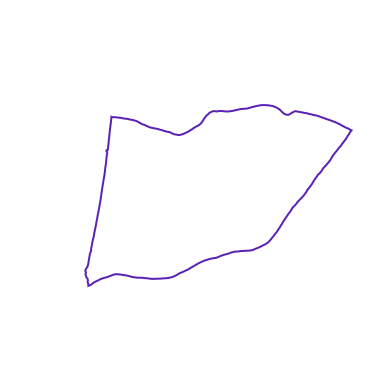 Haswin, Al Mahrah, Yemen (Mercator projection), rotated 120°
{"feature_id": "15242507B7547411227389", "entity_name": "Haswin", "entity_type": "district", "adm_level": 2, "iso_a3": "YEM", "parent_name": "Yemen", "parent_adm1": "Al Mahrah", "projection": "mercator", "projection_center": [51.893, 15.725], "detail": "fine", "context": "isolated", "style": "outline", "palette": "violet", "viewbox_px": 384, "rotation_deg": 120, "n_neighbors": 0, "source": "geoboundaries", "source_scale": "gbopen_adm2", "svg_char_len": 5734}
<svg xmlns="http://www.w3.org/2000/svg" viewBox="0 0 384 384"><g transform="rotate(120 192 192)"><path d="M58.8,84.7L58.9,85.5L58.9,87.0L58.9,88.5L59.2,89.9L59.4,91.9L59.4,93.4L59.5,94.8L59.5,96.4L59.5,97.9L59.6,99.6L59.8,101.2L59.9,102.9L60.2,104.4L60.4,106.2L60.8,107.9L61.0,109.4L61.4,111.1L61.7,112.7L61.9,114.0L62.3,115.6L62.5,117.0L62.7,118.6L63.0,120.0L63.3,121.6L63.7,122.9L63.7,123.0L64.3,124.5L64.8,126.2L65.1,127.5L65.6,128.9L66.0,130.4L66.4,131.8L66.8,133.0L67.4,134.5L67.8,135.8L68.2,137.0L68.7,138.3L69.2,139.7L69.6,140.9L70.1,142.4L71.0,143.6L72.2,144.3L73.6,145.2L75.0,145.9L76.3,146.5L77.2,147.6L77.9,148.9L78.1,150.7L78.1,152.2L77.8,153.6L77.3,155.1L77.0,156.4L76.7,157.7L76.7,159.1L76.7,160.5L76.7,161.9L76.9,163.4L77.2,164.9L77.7,166.3L78.2,167.9L78.9,169.4L79.5,170.9L80.2,172.1L80.9,173.4L81.7,174.7L82.5,175.9L83.5,177.1L84.5,178.2L85.5,179.4L86.4,180.3L87.5,181.4L88.4,182.4L89.6,183.5L90.6,184.5L91.8,185.6L92.6,186.6L93.4,187.8L94.4,189.2L94.4,189.3L95.2,190.4L96.0,191.5L97.1,192.7L98.2,193.9L99.3,195.0L100.0,195.8L100.3,196.2L101.3,197.2L102.2,198.3L103.2,199.6L103.9,200.7L104.8,201.8L105.4,203.2L106.0,204.5L106.6,205.8L107.3,207.3L108.0,208.5L109.0,209.8L109.9,210.9L110.4,212.2L111.0,213.5L112.0,214.6L113.2,215.6L114.3,216.2L115.6,216.7L116.9,217.0L118.1,217.5L119.5,217.8L121.1,218.0L122.6,218.2L123.9,218.2L125.3,218.2L126.6,218.3L128.6,218.7L129.8,219.1L131.3,219.8L132.4,220.6L133.6,221.3L134.8,221.9L136.0,222.7L137.5,223.2L138.7,224.0L140.1,224.6L141.3,225.3L142.5,226.0L143.8,227.0L144.9,227.7L146.0,228.5L147.1,229.5L148.1,230.5L149.1,231.5L149.6,232.7L150.0,234.0L150.6,235.4L151.0,236.8L151.2,238.2L151.2,239.6L151.3,241.0L151.7,242.3L152.2,243.7L152.6,245.0L153.0,246.4L153.3,248.1L153.6,249.5L154.0,250.8L154.3,252.1L154.6,253.3L155.1,254.8L155.6,256.1L156.0,257.5L156.6,259.0L156.9,260.4L157.2,261.7L157.3,262.9L157.3,263.0L157.6,264.5L157.6,266.0L157.8,267.3L158.1,268.7L158.2,270.0L158.2,271.4L158.2,272.5L158.2,272.8L158.3,274.4L158.3,275.7L158.7,277.0L159.0,278.5L159.5,279.9L159.9,281.1L160.4,282.4L160.7,283.7L161.2,285.0L161.9,286.5L162.4,287.8L162.8,289.0L162.9,289.3L163.3,290.5L163.7,291.7L163.8,291.8L164.5,293.0L164.9,294.3L165.3,295.2L165.5,295.5L165.6,295.8L166.3,297.1L167.0,298.4L167.2,299.2L167.2,299.3L169.9,298.1L178.6,294.4L183.6,292.2L193.4,287.8L197.5,286.0L198.1,286.2L198.6,286.9L199.6,286.3L199.8,285.6L200.2,285.1L203.2,284.0L210.3,280.8L215.1,278.9L217.7,277.7L221.1,276.3L223.7,275.4L234.2,271.4L240.0,269.1L245.7,266.8L257.8,262.5L260.1,261.8L262.0,261.0L264.2,260.3L271.1,257.8L276.4,256.1L280.1,254.7L282.9,253.9L284.6,253.4L291.5,251.0L293.8,249.9L295.6,249.7L298.0,249.0L302.4,247.3L304.0,246.8L305.0,246.4L305.7,246.0L306.6,245.8L307.6,245.5L308.8,245.2L310.3,245.2L312.1,245.4L313.3,245.1L313.7,244.9L314.0,244.3L314.7,243.5L315.5,243.4L316.4,243.2L318.8,240.7L319.1,239.4L320.0,238.4L320.9,237.8L321.6,237.7L322.7,236.7L324.1,235.4L325.1,234.8L324.1,234.0L323.8,233.8L323.4,233.6L322.4,232.8L321.8,232.7L321.1,232.4L319.7,231.9L318.7,231.3L318.5,231.1L317.2,230.3L316.0,229.5L314.8,228.6L313.6,228.0L313.5,227.9L312.8,227.3L312.6,227.1L311.6,226.3L310.5,225.4L310.3,225.1L309.5,224.3L308.6,223.4L307.5,222.3L306.2,221.4L305.2,220.5L304.1,219.7L303.5,219.2L303.0,218.8L301.9,217.7L301.0,216.5L300.4,215.2L299.7,213.7L299.1,212.4L298.8,211.1L298.2,209.9L297.5,208.1L297.0,206.9L296.6,205.4L296.2,204.1L295.8,202.7L295.5,201.3L295.0,200.1L294.5,198.7L293.9,197.3L293.3,196.1L292.5,194.7L291.8,193.4L291.2,192.3L290.6,190.7L290.0,189.5L289.2,187.8L288.5,186.3L288.1,185.0L287.5,183.8L286.9,182.6L286.7,182.3L286.1,181.4L285.5,180.2L284.6,179.1L284.0,177.9L283.0,176.4L282.1,175.0L281.2,173.7L280.4,172.5L279.6,171.3L278.8,170.2L278.0,169.2L276.9,168.0L275.9,167.0L274.7,165.9L273.5,165.0L272.2,164.2L270.9,163.4L269.6,162.7L268.4,162.0L267.3,161.1L266.1,160.2L265.0,159.4L263.9,158.6L262.8,157.9L261.7,157.1L260.5,156.3L259.3,155.7L257.9,155.0L256.8,154.3L255.3,153.4L254.2,152.8L252.7,152.0L251.5,151.3L250.0,150.4L249.2,149.8L248.9,149.7L247.8,148.8L246.5,147.9L245.2,147.0L244.2,146.0L243.1,145.0L242.1,144.1L240.9,142.9L240.0,142.0L239.8,141.7L238.8,140.5L237.8,139.3L236.9,138.1L235.8,137.3L234.8,136.4L233.7,135.7L232.5,134.7L232.1,134.4L231.1,133.5L229.9,132.4L229.0,131.5L227.9,130.4L226.9,129.4L225.7,128.5L224.7,127.7L223.8,126.7L222.8,125.8L222.0,124.7L221.2,123.4L220.4,122.3L219.6,121.3L218.8,120.2L218.0,119.0L217.1,117.7L216.4,116.5L215.6,115.4L214.8,114.2L214.0,112.9L213.7,112.5L213.0,111.7L212.1,110.6L211.0,109.7L209.5,108.7L208.3,107.7L207.2,106.8L206.0,106.0L204.9,105.1L203.7,104.5L202.2,103.5L202.1,103.4L200.7,102.5L199.4,101.7L198.1,101.1L196.6,100.6L195.2,100.3L193.8,100.1L192.4,99.8L190.9,99.6L189.5,99.3L188.0,99.2L186.6,99.0L185.1,98.7L183.4,98.6L182.0,98.5L180.7,98.4L179.2,98.3L177.8,98.3L176.3,98.3L175.0,98.2L173.5,98.2L171.8,98.2L170.1,98.1L168.7,98.0L167.3,97.8L165.9,97.8L163.9,97.6L162.5,97.6L160.7,97.2L159.4,97.1L157.8,97.1L156.4,97.1L155.0,97.0L153.5,96.6L152.2,96.2L150.8,95.9L149.1,95.7L147.6,95.5L146.0,95.1L145.3,94.9L144.5,94.8L143.0,94.4L141.4,94.0L140.1,93.7L138.6,93.4L137.2,93.3L135.6,93.1L135.0,93.0L133.9,93.0L132.2,93.0L131.9,93.0L130.8,92.9L129.1,92.5L127.8,92.4L126.1,92.2L124.7,92.1L123.2,92.1L121.8,92.1L120.1,92.1L118.7,91.9L117.1,91.7L115.8,91.6L114.3,91.6L112.8,91.1L111.5,90.7L110.1,90.5L108.8,90.3L107.3,90.3L105.9,90.3L104.6,90.0L103.1,89.6L101.5,89.2L100.0,89.0L98.7,88.7L97.2,88.5L95.6,88.2L94.4,88.2L94.2,88.2L92.6,88.2L90.8,88.2L89.4,88.1L87.9,87.9L85.8,87.6L84.1,87.3L82.7,87.1L81.3,86.9L80.0,86.8L78.7,86.4L77.2,86.2L75.8,86.1L74.3,85.9L72.8,85.7L71.3,85.6L69.9,85.3L68.5,85.2L66.6,85.2L65.0,85.2L63.3,85.0L60.7,85.0L58.8,84.7Z" fill="none" stroke="#5b21b6" stroke-width="2"/></g></svg>